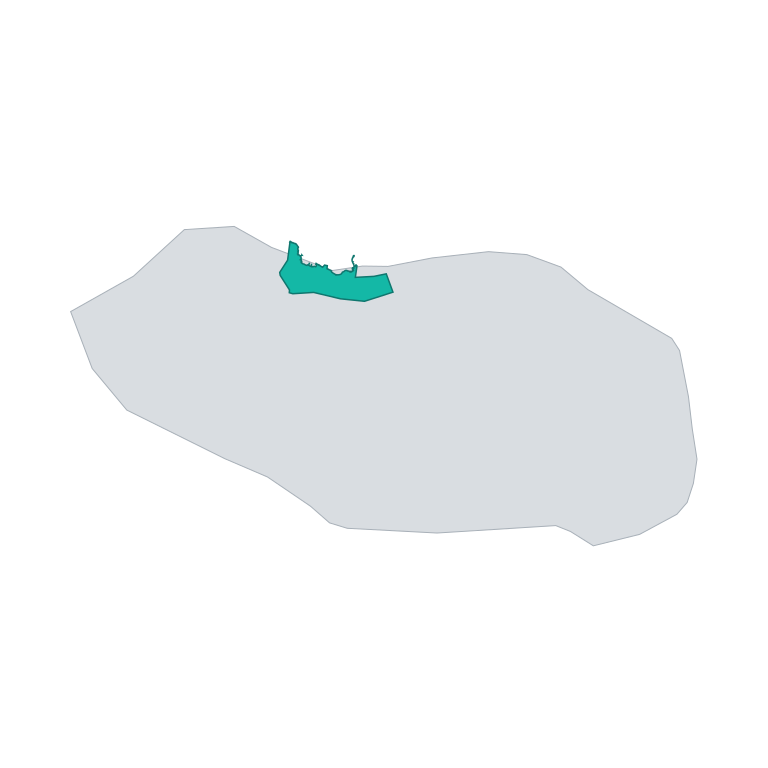 location of 70, Al Daayen, Qatar, rotated 278°
{"feature_id": "91078587B85079353631459", "entity_name": "70", "entity_type": "district", "adm_level": 2, "iso_a3": "QAT", "parent_name": "Qatar", "parent_adm1": "Al Daayen", "projection": "robinson", "projection_center": [51.51, 25.511], "detail": "fine", "context": "in_parent", "style": "filled", "palette": "teal", "viewbox_px": 768, "rotation_deg": 278, "n_neighbors": 0, "source": "geoboundaries", "source_scale": "gbopen_adm2", "svg_char_len": 5055}
<svg xmlns="http://www.w3.org/2000/svg" viewBox="0 0 768 768"><g transform="rotate(278 384 384)"><path d="M413.7,687.3L382.5,695.5L353.1,704.4L328.6,704.2L308.9,700.7L295.8,692.2L270.7,658.1L252.9,613.8L263.9,589.2L267.7,573.8L243.8,457.2L236.0,367.7L238.9,349.4L252.7,328.3L275.7,281.6L287.9,236.7L322.4,132.9L358.7,92.9L412.1,63.6L455.9,120.9L509.1,164.8L519.2,213.7L503.6,253.6L489.2,317.1L497.8,346.3L501.0,371.6L515.5,414.0L529.6,469.1L532.0,507.5L524.4,543.0L505.8,572.8L469.2,662.6L458.3,672.0L413.7,687.3Z" fill="#d9dde1" stroke="#a8b0b8" stroke-width="1"/><path d="M493.4,370.9L489.2,359.1L485.6,340.8L497.2,340.8L497.4,340.0L497.6,339.8L498.0,339.7L497.9,339.5L497.3,339.5L497.2,339.4L496.6,339.0L496.4,338.7L496.2,338.7L496.3,338.3L497.3,337.8L497.7,337.6L498.2,337.3L499.4,336.5L499.6,336.4L499.6,336.5L499.7,336.4L500.0,336.2L500.7,335.7L500.8,335.8L500.8,335.7L501.1,335.5L501.3,335.4L501.8,335.2L502.3,335.1L502.5,335.1L503.0,335.1L504.0,335.2L504.0,335.3L504.4,335.4L505.7,336.0L505.8,336.3L506.1,336.5L506.3,336.5L506.3,336.3L506.4,336.2L506.5,336.0L506.8,336.1L506.9,336.3L506.9,336.2L506.7,336.0L506.8,336.0L507.0,336.3L507.0,336.5L506.9,336.5L507.0,336.5L507.0,336.3L507.0,336.2L506.9,336.0L506.7,335.9L506.2,335.7L506.1,335.8L505.7,335.9L504.4,335.3L503.9,335.2L503.0,335.0L502.4,335.1L502.2,335.1L501.8,335.2L501.0,335.5L500.3,335.9L499.5,336.4L498.1,337.3L497.7,337.5L497.0,337.9L496.6,338.1L496.0,337.9L495.6,337.8L495.4,337.8L495.0,337.5L494.9,337.1L494.8,336.9L494.6,337.0L494.0,336.7L493.8,336.5L493.6,336.5L493.3,336.8L493.2,336.9L493.3,337.1L493.2,337.3L493.3,337.5L493.1,337.4L492.7,337.5L491.9,337.2L491.9,337.3L492.2,337.5L492.4,337.9L492.7,338.0L492.3,338.0L492.1,337.9L492.0,337.7L491.8,337.6L491.3,337.2L490.7,336.4L490.4,336.0L490.2,335.2L490.3,335.2L490.6,335.8L491.4,337.0L491.2,336.7L490.9,336.2L491.1,336.3L490.9,336.0L490.8,335.8L491.0,335.9L491.0,335.7L491.0,335.4L490.7,335.2L490.7,334.9L490.6,333.9L491.0,333.5L490.8,332.3L491.2,331.7L491.1,331.3L491.3,330.9L491.1,330.0L490.7,329.5L490.4,329.2L490.0,328.9L489.8,328.7L489.6,328.4L489.4,328.1L489.2,327.6L488.9,327.2L488.4,327.1L487.5,326.6L487.1,326.3L486.8,326.1L486.5,325.7L486.4,325.4L486.2,324.9L485.9,324.2L485.7,323.3L485.6,322.5L485.5,322.0L485.3,321.5L485.6,321.5L485.7,320.8L485.9,320.0L486.3,319.2L486.7,318.2L487.1,317.3L487.4,316.7L487.7,316.6L487.8,316.5L488.2,316.2L488.4,316.3L488.7,316.3L488.8,315.9L488.9,315.5L489.0,315.1L489.3,314.6L489.5,313.7L489.9,312.8L490.0,312.0L490.2,311.8L490.2,311.7L490.4,311.7L490.6,311.5L493.3,311.4L493.5,308.6L491.1,307.0L491.2,306.8L491.2,306.6L491.4,306.5L491.5,305.9L491.8,305.1L492.0,304.6L492.1,304.4L492.4,304.2L492.5,303.9L492.5,303.6L492.5,303.2L492.7,302.7L492.8,302.5L493.1,302.6L493.1,302.3L493.1,301.8L493.1,301.4L493.2,301.0L493.6,300.9L493.7,300.4L493.8,300.3L493.9,300.2L494.0,300.1L494.0,299.9L493.8,299.9L493.6,300.1L493.1,300.0L493.0,299.9L492.9,299.9L492.7,300.4L492.2,300.5L491.3,300.5L490.7,300.2L490.6,299.6L490.7,299.3L490.8,299.0L490.8,298.6L490.6,298.1L490.4,297.9L490.3,297.0L490.1,296.8L490.1,296.7L490.1,296.1L490.2,295.6L490.8,295.6L491.1,295.7L491.4,295.7L491.6,295.7L491.8,295.6L492.5,295.6L493.0,295.6L491.9,295.5L491.7,295.5L491.3,295.5L491.2,295.5L490.9,295.5L490.2,295.4L490.6,294.0L490.9,293.4L491.0,293.1L491.2,292.9L491.9,293.1L493.1,293.3L493.1,293.2L492.6,293.1L492.0,293.0L491.9,292.9L491.1,292.8L491.3,291.5L490.9,291.3L490.7,291.2L490.7,290.6L491.1,289.2L491.4,288.7L491.5,288.6L491.8,286.5L492.2,285.8L492.4,285.6L492.6,285.3L492.7,285.1L492.8,285.1L493.0,285.1L493.2,285.3L493.4,285.4L493.3,285.6L493.8,285.5L494.1,285.4L494.2,285.0L494.2,284.9L494.8,284.9L495.2,284.9L495.3,284.5L495.6,284.5L495.6,284.2L495.8,284.4L497.2,284.4L497.2,284.1L497.3,284.3L497.4,284.2L498.4,284.0L498.6,283.8L499.0,283.9L499.3,283.9L499.9,284.4L500.2,284.7L500.2,284.8L500.3,284.7L500.2,284.7L499.9,284.4L499.7,284.2L499.4,283.7L499.1,283.6L499.1,283.4L499.2,283.2L499.3,282.8L499.3,282.7L499.8,282.3L499.8,281.9L499.9,281.7L500.1,281.5L500.1,281.1L500.3,281.2L500.3,281.6L500.3,280.9L500.5,280.9L500.6,280.7L500.7,280.9L502.1,280.5L502.3,280.7L502.8,280.6L503.1,280.4L503.1,280.6L503.5,280.6L504.0,280.7L504.6,280.4L505.0,280.0L505.3,280.1L505.6,280.0L505.8,280.0L505.9,279.8L506.0,279.7L506.3,279.7L506.5,279.8L507.1,279.9L507.2,280.1L507.3,280.2L507.6,280.2L507.9,280.0L508.1,279.7L508.3,279.6L508.5,279.3L508.6,279.1L509.0,278.9L509.2,278.7L509.4,278.6L509.5,278.4L509.7,278.2L510.0,277.9L510.4,277.6L510.4,277.2L510.5,277.2L510.7,276.8L510.6,276.6L510.6,276.4L510.7,276.2L510.9,276.0L510.9,275.9L510.9,275.7L510.8,275.3L510.8,275.2L510.9,274.9L510.9,274.7L511.0,274.5L511.1,274.3L511.1,274.2L511.3,274.2L511.4,273.9L511.3,273.6L511.2,273.5L511.2,273.4L511.1,272.9L511.3,272.5L511.5,272.3L511.8,272.2L512.0,272.1L512.0,271.5L512.2,271.3L512.1,271.1L512.5,271.2L512.3,271.1L512.2,271.1L493.2,271.3L480.0,265.2L477.1,266.1L464.0,277.3L461.2,277.5L460.7,281.1L464.9,301.6L462.3,329.0L463.2,353.2L476.2,380.1L493.4,370.9Z" fill="#14b8a6" stroke="#0f766e" stroke-width="1.5"/></g></svg>